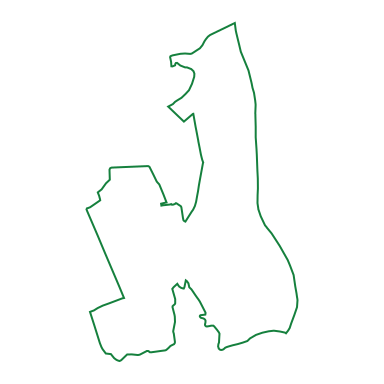 the district of Hai Chau, Đà Nẵng, Vietnam
{"feature_id": "81297802B10780873415993", "entity_name": "Hai Chau", "entity_type": "district", "adm_level": 2, "iso_a3": "VNM", "parent_name": "Vietnam", "parent_adm1": "Đà Nẵng", "projection": "mercator", "projection_center": [108.212, 16.059], "detail": "fine", "context": "isolated", "style": "outline", "palette": "green", "viewbox_px": 384, "rotation_deg": 0, "n_neighbors": 0, "source": "geoboundaries", "source_scale": "gbopen_adm2", "svg_char_len": 3833}
<svg xmlns="http://www.w3.org/2000/svg" viewBox="0 0 384 384"><path d="M286.0,333.3L288.2,330.5L289.7,328.0L291.2,323.4L294.3,315.1L297.0,307.2L297.5,300.2L297.3,298.6L297.0,296.9L296.5,293.3L295.3,286.6L293.6,275.0L290.2,266.0L289.3,263.8L287.7,260.0L284.0,253.5L279.7,245.9L271.6,233.4L266.9,227.7L266.6,227.2L265.0,225.3L260.7,216.2L258.3,209.1L258.3,208.6L257.5,203.2L257.5,202.6L257.6,195.0L257.9,188.6L257.9,188.1L257.8,178.4L257.4,170.7L257.0,159.9L256.8,154.6L256.5,149.0L255.7,137.3L255.7,126.9L255.4,115.8L255.4,114.5L255.3,113.4L255.6,105.6L255.6,104.4L255.2,100.6L254.0,92.8L252.5,87.8L251.9,84.7L251.7,83.6L251.5,82.9L251.5,82.7L248.5,70.5L240.8,51.7L239.1,44.5L237.9,39.6L236.4,33.4L235.8,30.7L234.8,23.0L214.2,33.0L210.1,35.0L207.9,36.7L205.8,39.3L204.4,41.4L202.5,45.1L199.9,48.3L195.1,51.4L194.7,51.7L191.7,53.6L190.2,53.9L185.1,53.5L180.4,53.8L172.5,55.4L170.5,56.2L170.1,57.1L171.1,61.9L171.4,66.3L172.5,66.4L175.1,65.3L175.4,63.7L175.9,63.0L177.1,62.9L180.3,65.5L185.1,67.4L187.0,67.4L191.3,69.1L193.5,71.2L194.4,73.7L194.2,76.8L192.0,83.8L189.0,90.2L185.6,93.9L181.5,97.8L177.4,100.3L175.1,101.8L172.9,104.1L168.2,106.6L183.9,121.6L189.4,116.9L192.9,113.9L193.3,113.8L195.6,126.8L196.5,131.4L198.3,140.9L198.3,141.2L199.6,147.7L200.0,149.8L200.9,154.5L201.6,157.4L202.2,159.7L203.0,162.0L203.2,162.5L203.0,162.9L200.6,175.9L199.3,183.1L198.9,185.4L198.0,191.4L197.2,195.6L196.1,201.8L194.9,206.0L193.1,209.7L191.6,211.8L185.4,221.6L184.5,221.2L184.1,220.9L183.5,220.3L183.3,219.6L183.2,218.9L183.0,218.2L181.9,210.8L181.6,208.9L181.4,207.5L181.1,206.8L181.1,206.6L180.7,206.1L179.9,205.6L176.4,203.3L175.8,203.2L174.9,204.0L172.9,204.7L172.5,204.6L172.2,204.7L171.8,204.7L171.5,204.6L171.3,204.4L171.1,204.1L170.1,204.5L162.9,205.3L161.4,205.6L161.1,203.7L166.5,202.4L163.3,194.1L163.0,193.4L159.4,184.7L159.1,184.2L157.6,182.6L156.7,181.5L153.5,174.9L149.5,166.9L148.5,166.2L147.6,166.1L125.7,167.0L111.6,167.6L110.8,167.9L110.1,168.3L109.5,169.7L109.8,179.7L106.0,183.3L101.6,189.4L97.8,192.4L98.2,193.5L99.1,195.7L100.0,199.1L100.2,200.3L90.2,207.2L88.2,208.0L87.0,208.3L86.5,209.4L87.2,211.2L97.6,235.4L105.1,253.3L119.2,286.4L124.0,298.0L122.2,298.4L108.7,303.5L102.8,305.6L102.2,305.9L97.8,308.0L93.8,310.5L92.6,310.9L90.0,311.9L94.2,325.0L99.9,343.2L101.5,347.2L102.6,349.2L104.1,351.2L105.8,353.5L110.9,354.1L112.9,356.6L114.2,358.2L116.5,359.9L118.4,360.7L119.6,361.0L121.2,360.2L127.1,354.5L131.8,354.4L137.7,355.0L138.8,354.9L139.9,354.6L146.5,351.2L146.8,351.0L147.8,351.0L148.6,351.1L148.9,351.5L149.8,352.2L151.2,352.3L152.5,352.1L154.8,351.8L161.9,350.8L165.1,350.4L166.0,350.1L166.8,349.5L168.7,347.8L170.3,346.1L171.1,345.6L172.7,344.8L174.0,344.2L174.5,343.5L174.7,343.2L174.9,342.5L174.9,341.6L173.8,333.6L173.4,332.4L173.2,331.2L175.0,321.9L174.8,316.7L174.5,314.9L172.5,307.1L172.6,306.2L173.4,305.4L174.8,304.2L175.2,303.3L175.2,299.1L172.3,288.9L173.6,287.2L177.3,283.8L178.3,285.4L179.2,286.6L181.2,287.9L183.2,288.5L183.8,288.5L184.5,286.9L184.8,285.3L185.8,280.4L186.9,281.2L188.4,283.3L189.3,287.3L191.4,289.3L192.1,290.3L195.4,295.2L197.3,297.9L198.5,299.5L199.1,300.5L199.7,301.3L205.5,312.6L205.5,313.6L205.3,314.6L200.6,315.2L200.0,315.6L199.8,316.2L200.1,317.0L200.9,317.8L202.0,318.1L203.0,318.3L204.1,318.8L205.1,319.7L205.5,320.6L205.5,321.5L205.4,322.8L205.0,324.2L205.1,325.3L205.5,325.9L206.0,326.3L206.9,326.5L208.7,326.2L209.8,326.0L211.0,325.7L213.4,325.7L214.3,326.5L217.0,329.8L218.9,332.4L219.5,333.7L219.4,335.4L219.2,338.8L219.0,342.5L218.4,344.1L218.1,346.5L218.6,347.9L218.7,348.5L219.8,349.6L221.1,350.0L222.7,349.7L224.1,348.8L225.1,347.8L226.6,347.1L228.8,346.4L232.6,345.3L237.7,344.1L242.8,342.6L247.4,341.0L250.0,338.4L256.0,334.9L262.4,332.7L268.7,331.3L273.8,330.7L279.9,331.5L285.0,332.6L286.0,333.3Z" fill="none" stroke="#15803d" stroke-width="2"/></svg>